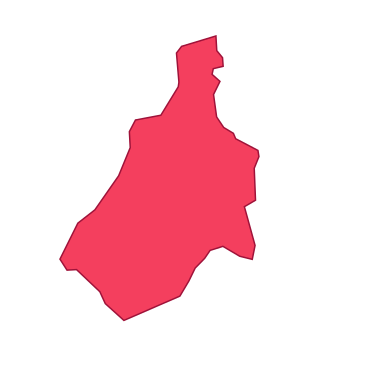 Gaya, Dosso, Niger (Natural Earth projection), rotated 212°
{"feature_id": "23599985B94426243670688", "entity_name": "Gaya", "entity_type": "district", "adm_level": 2, "iso_a3": "NER", "parent_name": "Niger", "parent_adm1": "Dosso", "projection": "natural_earth1", "projection_center": [3.47, 12.051], "detail": "fine", "context": "isolated", "style": "filled", "palette": "rose", "viewbox_px": 384, "rotation_deg": 212, "n_neighbors": 0, "source": "geoboundaries", "source_scale": "gbopen_adm2", "svg_char_len": 703}
<svg xmlns="http://www.w3.org/2000/svg" viewBox="0 0 384 384"><g transform="rotate(212 192 192)"><path d="M105.2,166.8L110.2,180.1L139.8,207.3L133.8,218.7L151.8,245.1L154.0,257.5L158.1,262.2L183.2,260.3L188.0,263.7L199.3,263.5L210.9,268.7L225.4,286.1L226.9,300.6L237.3,302.4L239.3,307.9L232.2,315.1L237.3,322.1L245.9,325.0L254.4,337.0L278.0,310.0L278.8,301.6L261.3,278.2L259.4,273.9L259.1,240.6L278.1,223.1L277.1,210.0L267.9,196.9L262.8,166.9L264.9,125.4L272.3,105.1L268.4,65.1L256.6,59.5L248.8,65.0L217.3,58.6L206.4,51.4L181.7,47.0L162.1,75.5L147.1,97.3L147.5,114.9L149.0,129.2L146.1,142.4L145.7,152.1L137.0,162.3L117.5,162.8L105.2,166.8Z" fill="#f43f5e" stroke="#9f1239" stroke-width="1.5"/></g></svg>